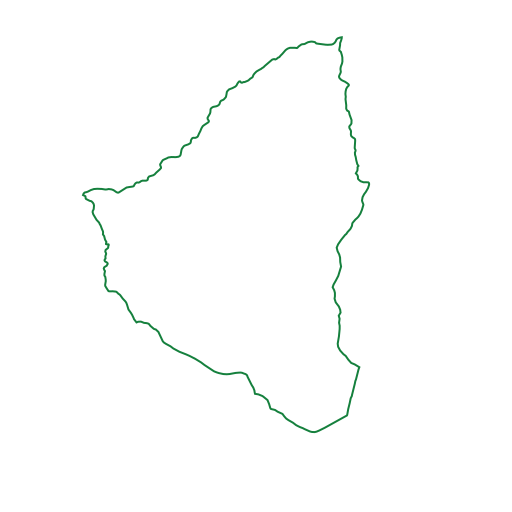 Consacá, Nariño, Colombia (Robinson projection), rotated 71°
{"feature_id": "7082276B44735629456030", "entity_name": "Consacá", "entity_type": "district", "adm_level": 2, "iso_a3": "COL", "parent_name": "Colombia", "parent_adm1": "Nariño", "projection": "robinson", "projection_center": [-77.462, 1.209], "detail": "fine", "context": "isolated", "style": "outline", "palette": "green", "viewbox_px": 512, "rotation_deg": 71, "n_neighbors": 0, "source": "geoboundaries", "source_scale": "gbopen_adm2", "svg_char_len": 6071}
<svg xmlns="http://www.w3.org/2000/svg" viewBox="0 0 512 512"><g transform="rotate(71 256 256)"><path d="M89.7,227.2L90.8,229.4L91.5,230.2L93.6,231.3L95.6,232.5L96.1,233.0L97.4,235.3L97.7,236.4L97.8,238.2L98.0,238.8L98.7,239.8L100.4,241.0L100.9,241.7L101.3,242.7L101.5,243.8L101.5,244.9L101.1,247.7L101.2,248.8L101.6,250.0L101.9,250.6L102.5,251.2L105.1,252.3L106.3,253.1L109.4,256.7L110.5,257.1L113.0,256.6L113.6,256.9L114.1,257.7L115.3,262.3L115.9,264.1L117.6,266.1L119.8,268.0L121.8,270.1L123.9,272.0L124.2,272.5L124.5,273.5L124.5,275.0L123.8,276.9L123.8,277.4L123.9,278.0L124.4,278.7L125.5,279.9L126.8,280.4L127.8,281.2L128.0,281.6L128.4,283.7L128.4,287.3L128.5,288.0L128.9,288.9L130.4,291.0L130.9,291.5L131.6,292.0L135.5,294.2L136.2,294.8L136.7,295.7L136.9,297.0L136.6,298.7L136.4,299.7L134.9,303.7L134.3,306.8L134.6,308.6L134.8,311.2L135.0,312.7L135.3,313.3L138.0,316.7L138.4,316.9L139.1,317.0L141.1,316.9L141.9,317.2L142.9,318.9L144.7,323.2L145.8,325.2L146.2,326.8L146.0,331.1L146.3,331.7L147.1,332.8L148.4,333.4L148.8,333.8L148.9,334.2L149.0,335.0L148.9,335.7L147.8,338.9L147.8,340.3L148.2,341.5L148.4,342.7L148.3,343.3L147.7,344.6L147.9,345.9L148.1,346.4L148.8,347.5L150.0,348.7L150.2,349.2L150.1,350.4L149.5,353.5L149.1,356.1L151.2,364.8L151.3,365.4L151.0,366.2L150.3,367.1L147.3,369.3L146.0,370.9L144.7,373.5L144.5,375.3L144.1,376.8L142.4,380.0L140.8,384.1L139.9,387.5L139.9,390.7L140.4,394.1L140.4,395.6L140.2,397.3L140.5,398.0L140.9,398.7L142.1,399.7L143.9,397.9L144.5,397.9L145.9,398.3L146.6,398.2L147.0,397.9L149.7,395.3L150.5,394.0L151.0,393.6L152.5,392.9L153.8,392.6L155.5,392.7L158.6,394.1L159.2,394.5L160.3,395.7L161.3,396.2L163.6,396.3L169.9,395.0L173.3,393.5L175.4,393.3L176.3,393.0L180.2,392.9L182.9,392.7L184.2,393.0L185.8,393.7L187.7,393.1L191.3,393.4L194.1,392.9L195.2,393.7L195.9,393.9L196.4,393.2L196.9,391.8L197.1,391.6L197.4,391.6L197.9,391.8L198.5,392.4L200.0,393.1L200.4,393.6L201.1,395.7L201.4,396.3L202.9,397.1L204.1,396.9L205.2,397.0L207.2,398.5L209.4,399.1L210.0,400.1L210.7,400.6L211.5,400.6L212.1,400.4L213.3,399.3L214.0,398.8L214.8,398.7L215.2,398.8L216.6,400.4L217.1,402.8L217.4,403.3L218.2,404.0L219.8,404.0L221.1,403.7L223.5,405.1L224.8,405.6L225.5,405.6L226.7,405.3L229.4,405.8L231.0,406.3L234.1,408.0L235.2,408.3L238.1,407.7L241.2,406.9L241.8,405.8L242.7,403.0L244.1,400.0L244.8,399.4L246.9,398.4L247.9,397.6L248.9,397.1L252.8,395.9L256.4,394.3L257.8,393.9L259.9,393.8L265.1,394.0L269.0,392.8L271.3,392.3L274.9,391.9L276.0,391.9L279.9,390.6L279.8,388.8L280.4,386.7L280.8,385.9L282.8,383.6L283.6,381.8L284.3,380.6L285.1,379.6L285.9,379.2L287.7,378.6L291.5,376.4L292.1,375.8L292.8,374.7L296.0,373.0L306.3,371.9L307.9,371.2L309.8,369.7L313.6,366.2L316.5,364.3L321.6,359.6L326.2,354.2L328.7,351.5L333.5,346.9L338.7,342.6L342.3,340.2L351.4,333.2L353.3,331.0L354.7,329.1L357.0,325.3L358.3,322.1L359.0,319.4L359.9,313.4L360.6,310.6L361.2,308.5L361.9,307.2L363.3,305.6L364.1,304.5L364.8,303.9L365.9,303.3L367.5,303.3L376.6,302.1L379.6,301.4L382.6,301.3L384.8,301.7L386.0,301.8L387.6,298.8L390.5,295.5L391.5,294.8L395.2,292.5L396.1,292.0L396.7,292.0L400.4,291.8L404.1,292.0L404.9,291.9L405.3,291.8L406.0,290.9L407.1,289.1L407.9,288.0L410.2,286.3L413.9,282.4L416.8,281.5L419.5,280.4L421.7,278.8L425.7,275.3L428.9,273.2L430.0,272.2L432.1,270.1L434.0,267.8L435.4,266.5L439.4,262.2L440.5,260.6L441.6,257.9L441.8,255.9L441.6,253.0L440.8,246.9L436.4,222.0L435.9,221.5L430.7,218.6L425.6,215.3L421.4,212.8L419.5,210.9L418.7,210.5L409.0,204.2L406.6,202.8L405.2,201.6L396.8,196.1L394.8,194.5L390.6,198.0L388.1,200.8L384.0,202.5L379.7,203.7L377.3,205.3L372.8,207.2L368.6,207.9L365.5,207.3L359.1,203.8L352.3,200.7L349.2,199.6L346.2,199.2L342.6,197.4L339.4,197.2L337.1,194.5L334.2,193.9L330.7,194.1L325.8,195.7L321.9,195.6L319.8,194.5L316.6,193.4L313.9,193.2L310.5,193.7L308.2,191.9L305.3,188.6L301.6,184.7L293.7,179.0L289.1,178.3L284.8,177.0L281.6,176.8L278.0,177.3L274.4,177.0L271.7,174.6L268.3,170.0L265.1,164.9L264.6,163.5L263.1,161.5L261.3,158.2L260.7,157.4L258.8,155.5L256.5,154.3L256.0,153.7L253.9,150.2L253.1,148.2L252.1,146.3L249.9,143.5L246.7,140.7L242.6,137.8L241.8,137.7L239.3,137.8L238.0,137.7L235.1,136.1L232.8,133.7L231.1,131.2L228.3,128.0L225.5,125.9L224.4,125.5L223.5,125.5L222.9,125.9L221.7,129.0L221.5,129.9L221.1,130.6L219.5,132.6L218.7,133.2L216.9,134.2L216.1,134.4L213.8,133.7L212.1,133.9L210.4,134.7L208.2,132.3L206.2,131.4L205.6,131.3L204.9,130.9L204.2,129.8L202.3,130.3L201.8,130.3L197.9,130.0L194.9,129.5L192.5,129.4L190.4,128.8L189.6,128.1L188.9,127.6L188.2,127.4L186.6,127.6L185.7,127.4L179.3,124.7L177.8,124.3L177.1,124.6L176.1,125.2L175.6,125.8L174.0,126.7L173.3,126.9L171.8,126.7L169.2,125.6L168.1,125.5L165.6,126.0L164.3,125.8L163.8,125.5L162.3,123.2L161.7,122.6L158.6,121.4L152.7,121.5L149.9,121.2L149.3,121.4L148.3,122.4L146.9,122.7L145.9,122.7L142.9,121.6L136.8,120.3L134.7,119.3L131.9,118.7L129.6,117.7L127.5,116.4L126.1,114.9L125.0,112.8L124.4,112.5L123.6,112.7L122.3,113.5L120.1,115.2L118.5,116.9L117.3,118.0L115.3,119.0L114.4,119.2L113.4,119.1L112.6,118.6L110.2,116.3L109.3,115.8L107.2,115.4L106.1,115.0L104.5,114.1L102.0,112.0L100.3,111.0L96.3,109.7L93.8,109.4L90.6,109.3L89.0,110.2L88.2,110.2L84.1,107.9L82.0,107.1L80.0,105.4L77.9,104.0L77.1,103.7L76.8,105.7L76.8,107.3L76.9,108.1L77.6,109.5L79.1,110.9L80.1,112.4L80.7,114.2L80.7,115.7L79.7,119.3L79.0,121.1L75.6,128.0L74.7,129.7L74.5,129.9L73.2,130.5L72.5,131.4L71.5,133.3L71.1,134.6L70.8,137.1L71.0,138.9L71.3,140.4L71.3,141.7L71.0,142.6L70.8,143.7L70.8,144.3L71.8,147.6L72.4,148.6L72.7,149.6L72.0,151.0L70.6,154.9L70.2,156.2L70.2,158.1L70.5,159.6L71.0,161.1L73.5,165.4L74.5,167.5L75.5,169.1L75.7,170.8L76.3,172.2L76.5,173.6L76.3,174.1L75.9,174.4L75.7,174.9L75.6,175.9L75.6,176.8L79.1,185.7L80.0,187.5L80.3,189.0L80.8,190.4L81.0,192.0L81.7,195.4L82.7,197.5L83.4,198.7L84.2,199.7L85.2,200.5L85.8,201.1L86.1,202.0L86.5,203.8L87.3,205.5L87.6,206.6L87.8,209.7L87.8,210.3L87.5,211.0L87.6,212.9L87.0,213.7L85.9,214.1L85.7,214.2L85.5,215.1L86.2,216.4L87.0,217.5L88.4,218.9L89.1,220.4L89.6,223.7L89.7,227.2Z" fill="none" stroke="#15803d" stroke-width="2"/></g></svg>